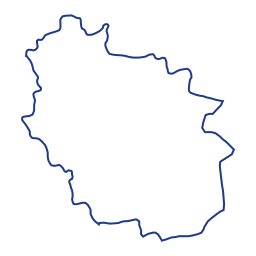 Lyuban, Minsk, Belarus
{"feature_id": "67162791B60458568388386", "entity_name": "Lyuban", "entity_type": "district", "adm_level": 2, "iso_a3": "BLR", "parent_name": "Belarus", "parent_adm1": "Minsk", "projection": "orthographic", "projection_center": [28.032, 52.73], "detail": "fine", "context": "isolated", "style": "outline", "palette": "blue", "viewbox_px": 256, "rotation_deg": 0, "n_neighbors": 0, "source": "geoboundaries", "source_scale": "gbopen_adm2", "svg_char_len": 3329}
<svg xmlns="http://www.w3.org/2000/svg" viewBox="0 0 256 256"><path d="M180.2,236.2L184.2,236.2L188.6,236.2L192.9,235.4L197.6,234.2L201.4,232.7L203.6,229.3L204.3,227.1L207.7,221.5L211.3,218.3L215.7,214.9L220.0,211.7L223.6,210.0L224.1,204.2L223.1,191.6L222.0,184.8L220.8,174.9L219.8,165.9L220.2,161.8L226.5,157.7L231.8,154.3L233.9,149.6L232.3,148.0L228.8,144.4L226.1,141.8L222.7,139.2L219.6,136.2L215.5,133.2L211.3,132.1L204.9,132.1L202.2,127.9L203.3,122.3L205.6,115.1L209.0,113.9L212.7,113.9L216.5,109.8L221.0,105.2L222.8,101.1L222.2,101.1L215.7,99.8L211.7,98.5L209.4,98.0L205.5,97.1L203.4,96.2L199.8,95.7L195.8,94.7L193.6,93.9L190.6,92.8L189.2,91.3L188.8,89.2L189.1,85.6L189.6,82.2L190.2,79.3L191.5,77.5L191.2,74.2L190.3,71.5L188.7,69.4L186.7,68.8L184.5,69.1L182.7,69.4L179.7,70.0L176.9,71.2L175.1,72.3L172.6,73.6L170.3,73.6L168.5,73.0L167.8,70.9L167.5,68.8L166.6,66.4L166.4,61.8L165.0,58.2L162.6,57.7L160.4,58.6L158.5,59.1L156.1,58.5L154.9,57.2L154.3,55.5L153.0,54.2L149.7,54.6L147.3,55.6L145.9,56.5L143.4,57.0L140.8,57.4L137.8,57.6L133.4,57.6L129.3,57.0L125.3,55.9L121.0,55.3L117.2,55.1L113.7,54.8L109.5,53.9L107.7,51.5L106.4,48.5L105.4,46.0L105.4,43.2L107.0,40.7L107.4,39.0L107.8,37.0L107.8,35.7L107.3,33.6L106.7,31.6L106.7,29.8L107.9,27.4L108.5,25.9L107.9,24.6L106.6,24.1L104.8,24.5L103.2,25.8L103.0,27.6L102.6,28.2L101.4,29.5L99.8,30.9L97.0,32.5L94.1,33.9L91.4,34.8L87.4,34.8L86.2,33.5L85.2,30.9L84.0,29.5L82.1,28.6L81.4,27.2L80.9,23.3L80.7,19.8L80.0,18.3L77.9,18.0L76.4,17.8L74.2,16.6L71.5,15.4L68.1,15.6L66.1,15.7L62.7,16.3L61.2,18.0L60.3,19.9L60.4,23.2L60.5,26.5L60.2,28.6L59.2,30.2L57.3,31.0L54.4,32.0L51.5,32.8L48.5,33.8L45.3,35.2L44.1,37.0L42.9,38.7L41.5,39.9L40.0,39.9L38.4,39.6L37.0,40.8L37.0,43.0L37.3,44.5L37.7,46.7L36.9,48.4L35.3,49.8L33.5,50.4L30.9,49.8L28.4,49.8L27.0,50.6L26.4,52.5L26.2,54.7L26.1,56.0L26.8,56.1L28.1,58.1L30.3,60.7L31.8,63.9L32.6,66.7L33.5,70.5L34.8,72.3L36.4,74.6L37.9,76.7L37.9,78.5L37.1,80.5L37.1,82.0L38.0,84.6L39.8,86.7L41.0,88.0L40.9,89.8L39.8,90.6L37.9,91.2L35.8,91.7L34.6,92.4L33.5,93.7L33.5,94.9L33.8,96.6L34.7,99.2L35.0,100.6L34.2,104.6L34.1,107.6L34.1,110.6L33.2,113.0L32.6,114.5L29.4,116.0L27.1,116.2L23.4,116.8L22.4,117.4L22.1,118.6L22.3,120.1L23.4,121.7L24.8,123.4L26.1,125.3L27.4,127.2L28.8,129.6L29.8,131.6L29.8,134.3L30.6,136.2L32.0,137.8L33.7,138.2L35.8,138.2L38.7,138.9L39.8,139.6L42.0,141.6L43.5,143.3L45.2,145.2L46.4,147.9L47.7,152.4L47.7,154.3L47.8,157.5L48.5,160.7L49.6,162.7L50.9,164.8L52.3,165.6L54.0,165.7L55.4,165.8L57.3,165.3L59.4,165.0L60.9,166.0L62.4,167.6L63.2,168.6L63.9,170.2L65.0,171.6L66.2,171.9L67.6,171.0L68.6,170.3L71.2,170.9L71.7,171.3L72.0,173.0L72.0,174.6L72.4,175.5L72.6,177.3L71.8,179.1L70.8,179.3L69.4,180.8L69.2,182.2L70.3,184.8L70.9,187.4L72.1,190.6L72.6,193.5L72.6,196.5L72.1,199.6L72.6,201.6L73.5,203.8L76.1,204.3L78.4,203.8L80.2,203.3L82.9,202.7L85.5,202.9L87.9,205.0L88.9,206.7L90.1,208.5L90.6,210.2L90.6,211.8L90.6,214.0L91.8,216.7L92.7,218.4L93.9,220.0L95.4,221.6L97.1,222.9L98.9,224.4L99.4,223.0L104.0,222.7L108.7,223.5L112.1,223.5L118.4,223.0L122.5,221.5L128.3,221.0L131.7,220.3L136.1,219.3L139.2,221.3L139.2,225.1L141.2,230.5L141.0,234.1L143.1,236.6L148.0,233.9L153.1,232.6L155.3,232.6L158.0,234.3L159.9,237.2L161.9,240.6L166.2,239.4L171.3,237.5L175.5,237.0L179.3,236.2L180.2,236.2Z" fill="none" stroke="#1e3a8a" stroke-width="2"/></svg>